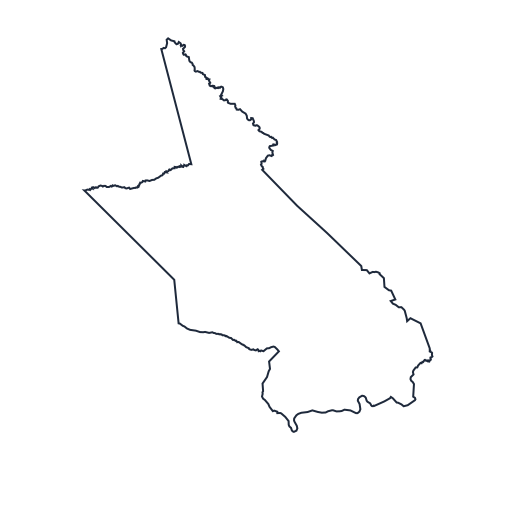 Chibuto, Gaza, Mozambique (Natural Earth projection), rotated 314°
{"feature_id": "85939544B98651386750815", "entity_name": "Chibuto", "entity_type": "district", "adm_level": 2, "iso_a3": "MOZ", "parent_name": "Mozambique", "parent_adm1": "Gaza", "projection": "natural_earth1", "projection_center": [33.631, -24.266], "detail": "fine", "context": "isolated", "style": "outline", "palette": "slate", "viewbox_px": 512, "rotation_deg": 314, "n_neighbors": 0, "source": "geoboundaries", "source_scale": "gbopen_adm2", "svg_char_len": 6084}
<svg xmlns="http://www.w3.org/2000/svg" viewBox="0 0 512 512"><g transform="rotate(314 256 256)"><path d="M353.4,189.9L352.7,188.4L352.8,185.9L352.1,185.6L352.2,184.1L351.7,183.9L351.3,183.0L351.5,181.4L349.5,176.8L349.6,175.9L349.1,175.2L349.2,173.8L348.1,171.8L348.3,170.3L349.7,170.3L350.4,170.0L351.0,169.2L351.1,168.1L350.9,166.2L350.4,165.5L349.5,165.3L349.1,164.4L348.6,164.1L348.4,163.1L349.2,161.8L350.7,161.7L351.5,160.9L352.8,157.9L351.9,156.7L350.8,157.6L349.6,157.4L348.8,156.7L348.5,155.3L348.7,154.1L350.5,151.9L351.2,149.6L350.3,145.8L350.5,142.5L349.0,141.8L347.9,140.4L348.6,139.2L348.4,138.5L349.1,137.1L350.0,136.6L350.7,135.0L347.9,132.1L346.8,129.6L346.9,129.1L348.0,128.1L348.3,126.2L348.0,125.8L347.2,126.0L345.7,124.9L345.5,122.8L344.5,121.4L345.0,121.1L345.6,121.6L346.1,120.6L345.8,120.1L346.1,119.2L347.7,120.0L347.8,118.9L351.4,117.8L353.4,116.5L354.3,115.0L353.8,113.5L353.2,113.1L351.9,113.2L351.7,112.2L351.0,112.2L350.8,111.7L350.3,111.9L349.7,110.9L348.4,110.4L348.2,110.0L348.5,109.7L348.0,109.5L348.1,108.7L349.2,107.8L348.5,106.7L347.7,106.7L347.7,106.1L346.8,105.6L346.4,104.4L347.3,102.7L347.9,103.0L348.6,102.2L348.9,102.4L349.5,100.3L350.6,99.8L350.2,99.3L350.2,98.2L349.7,98.4L348.9,97.4L349.8,96.1L349.5,94.9L350.7,93.6L349.9,91.5L350.5,90.3L349.4,88.7L349.5,87.7L348.9,87.1L348.4,85.5L346.8,84.6L346.5,83.5L346.9,82.7L347.7,82.3L349.2,80.6L349.6,78.7L349.4,77.8L350.2,76.8L350.5,75.5L349.9,74.2L350.1,72.5L352.4,69.5L351.5,67.6L351.5,66.3L352.1,65.6L352.0,65.1L350.6,64.3L350.6,63.8L351.3,62.3L353.4,62.1L353.6,60.6L354.3,59.6L357.0,59.7L357.8,59.1L358.2,58.1L357.6,57.2L356.1,57.1L355.5,56.2L354.9,56.2L355.2,55.5L356.1,55.2L356.6,54.0L356.3,51.8L354.4,52.4L353.1,51.7L353.2,49.1L353.8,48.2L352.1,45.2L351.5,41.6L349.5,41.5L347.4,44.2L343.7,46.3L342.2,46.2L341.5,45.0L340.0,44.8L339.1,44.1L277.1,145.7L275.7,143.9L274.0,144.1L273.4,143.4L272.6,143.6L272.6,143.0L271.4,142.8L272.0,142.6L271.7,141.3L271.3,141.7L270.7,141.2L269.5,141.8L268.8,140.7L269.2,140.0L269.2,139.4L268.7,139.9L267.6,139.6L267.8,139.1L267.5,138.6L266.7,138.8L266.3,138.1L265.5,138.0L265.3,137.5L264.5,137.6L264.3,136.6L263.6,135.6L262.6,136.5L261.0,135.0L258.6,134.9L258.2,133.9L257.8,134.1L257.6,133.6L256.1,134.0L254.8,133.4L254.6,132.5L253.7,132.7L253.7,133.1L253.0,132.1L251.5,132.7L250.8,131.9L249.7,132.5L248.8,132.5L248.0,131.9L244.4,131.3L242.5,130.3L240.2,129.9L238.5,128.4L236.0,127.3L234.8,125.2L233.6,124.1L232.7,124.6L231.4,122.5L230.2,122.9L229.0,122.5L228.3,121.7L227.2,122.4L226.5,122.2L225.4,123.1L224.8,123.1L224.5,122.5L223.9,122.6L223.7,123.4L222.6,123.0L221.8,122.0L221.1,121.9L220.3,121.0L216.8,118.9L217.0,117.2L214.7,116.0L214.0,114.9L214.1,113.6L212.1,112.0L211.5,110.3L210.8,109.6L210.4,107.9L209.6,107.6L209.0,105.5L207.6,104.9L207.2,103.9L206.6,104.2L205.7,104.0L205.6,102.9L203.9,102.5L203.1,101.9L201.9,100.6L201.9,99.1L200.8,97.9L199.6,97.6L199.6,96.9L198.7,95.2L196.8,94.4L195.3,94.7L194.5,94.2L194.3,93.1L192.8,92.8L192.7,91.5L192.3,91.0L191.4,90.5L190.9,91.5L190.6,90.7L188.4,90.8L188.5,89.9L187.6,89.9L186.8,88.7L185.5,88.0L184.7,88.0L183.9,87.0L182.1,213.7L153.8,247.1L154.5,248.2L154.9,251.8L155.6,253.5L155.9,256.7L157.1,259.9L160.5,264.6L162.4,268.6L164.5,271.0L166.0,272.1L168.1,275.7L170.8,277.6L171.2,279.0L172.0,280.0L172.4,281.5L174.0,283.2L174.1,284.0L174.9,284.5L175.2,285.4L175.7,285.7L175.7,287.0L176.8,288.0L177.2,289.7L177.5,289.7L177.6,290.4L178.0,290.5L178.6,293.5L179.7,295.1L179.6,297.7L180.5,298.5L180.4,299.1L181.2,300.4L180.9,300.7L181.5,302.5L181.3,302.6L182.1,303.3L182.7,307.3L183.2,308.1L183.1,308.9L183.6,309.5L183.6,312.2L184.7,314.9L184.3,315.8L184.8,317.0L185.5,318.1L187.0,318.9L187.1,319.9L188.0,321.5L190.0,321.9L190.2,322.7L189.4,324.0L190.0,324.3L190.5,325.3L191.6,325.3L192.7,327.5L197.1,328.0L198.8,329.5L200.9,330.2L203.0,331.5L203.6,332.7L203.6,336.2L203.3,338.7L189.2,338.7L184.5,344.5L181.9,345.2L176.6,348.0L168.8,349.3L163.7,355.0L162.5,355.3L161.4,356.6L159.1,357.9L158.3,360.2L158.6,362.4L158.1,367.7L156.9,370.5L156.1,375.9L157.4,376.5L158.8,379.5L157.8,380.5L159.9,382.5L160.3,383.5L160.6,388.8L159.9,394.1L157.3,396.8L156.6,398.4L156.7,400.6L155.4,403.0L155.4,404.4L155.8,405.4L158.4,406.4L160.7,405.5L162.2,403.3L163.6,398.6L164.3,397.4L165.7,396.3L169.5,395.7L171.8,396.1L174.7,397.5L179.6,401.5L184.1,403.8L186.7,408.7L189.0,412.2L191.8,414.8L194.4,415.7L197.8,417.8L198.5,418.5L200.1,421.8L202.1,423.8L204.0,425.3L206.9,426.4L210.5,431.2L212.4,437.0L213.5,438.2L215.9,438.5L218.3,437.5L221.5,433.3L222.6,429.8L223.9,428.8L226.1,428.5L229.2,429.4L230.2,430.9L230.4,432.4L230.3,433.4L228.8,436.1L228.6,437.4L229.3,440.5L228.6,442.6L228.6,443.7L229.4,444.6L230.2,444.7L230.3,445.2L240.5,449.3L246.8,451.2L248.3,450.9L248.7,453.3L248.3,459.0L249.1,460.0L250.3,463.7L250.5,466.6L254.1,468.8L262.7,470.5L263.7,470.2L264.4,468.8L264.0,466.8L273.6,458.6L274.2,456.4L274.1,454.2L274.8,452.6L276.4,451.5L280.2,451.6L281.5,449.5L282.9,448.8L286.7,448.3L287.9,449.4L289.8,448.7L293.4,448.6L293.9,449.6L295.4,449.2L295.8,449.9L298.4,449.5L298.7,449.7L298.8,451.2L299.7,451.5L299.5,452.7L300.3,453.8L301.1,453.0L302.0,453.9L303.0,453.7L303.8,452.2L304.3,452.0L305.1,452.6L306.3,452.7L307.0,451.3L308.6,450.0L308.7,449.4L308.0,447.3L308.3,446.9L309.1,446.9L309.5,445.8L310.2,445.2L321.9,421.2L318.5,410.3L314.1,410.0L315.9,407.7L319.9,401.1L320.2,399.9L320.2,396.2L318.3,394.3L317.9,390.4L316.8,387.6L317.2,384.2L321.5,386.4L325.0,377.3L323.7,375.4L323.0,369.9L328.9,363.4L328.8,357.5L329.5,357.0L329.1,355.3L328.0,353.2L326.8,352.5L325.6,351.0L322.3,349.7L322.8,345.5L319.5,341.9L321.9,338.7L321.9,291.1L320.7,250.7L322.3,200.6L323.8,200.8L324.2,199.5L324.7,199.1L324.7,197.4L325.2,196.1L326.2,196.0L327.5,194.3L328.5,194.7L329.8,196.3L330.3,195.7L330.9,196.5L333.3,195.2L336.4,194.8L337.8,195.7L338.7,197.7L339.4,197.4L339.9,198.0L340.5,198.1L341.7,196.0L343.2,195.1L342.6,193.1L342.9,190.7L343.4,190.0L344.6,189.6L347.5,191.7L347.7,191.1L348.3,190.9L349.4,192.5L349.3,192.9L350.8,193.6L351.6,193.1L351.8,192.3L352.6,192.1L353.4,189.9Z" fill="none" stroke="#1e293b" stroke-width="2"/></g></svg>